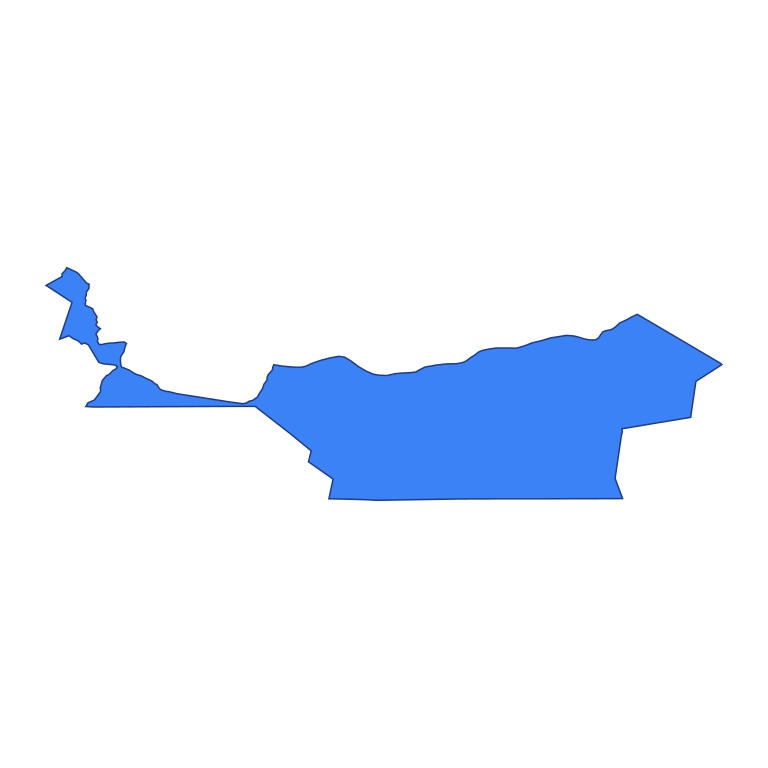 Teresina, Piauí, Brazil, rotated 90°
{"feature_id": "56859067B99238577868953", "entity_name": "Teresina", "entity_type": "district", "adm_level": 2, "iso_a3": "BRA", "parent_name": "Brazil", "parent_adm1": "Piauí", "projection": "equal_earth", "projection_center": [-42.807, -5.187], "detail": "fine", "context": "isolated", "style": "filled", "palette": "blue", "viewbox_px": 768, "rotation_deg": 90, "n_neighbors": 0, "source": "geoboundaries", "source_scale": "gbopen_adm2", "svg_char_len": 2936}
<svg xmlns="http://www.w3.org/2000/svg" viewBox="0 0 768 768"><g transform="rotate(90 384 384)"><path d="M317.5,137.4L319.3,140.3L323.0,148.3L327.4,153.1L329.6,156.7L330.8,162.6L332.1,165.5L334.0,166.8L337.8,169.4L340.0,172.5L339.9,178.5L338.9,183.8L337.7,187.5L336.6,191.3L335.9,194.9L335.4,201.4L335.8,204.2L337.0,211.7L337.8,217.1L340.7,226.7L342.9,236.1L344.2,239.3L345.8,243.3L346.9,247.2L347.7,249.6L348.2,252.4L348.1,255.2L348.0,257.9L348.0,268.0L348.0,271.9L349.0,278.7L349.6,281.9L350.4,285.5L351.7,288.9L353.2,290.9L355.5,293.9L357.6,297.4L359.5,299.8L361.3,302.4L362.6,305.4L363.1,308.1L363.7,311.4L363.8,316.1L363.9,320.8L364.2,324.7L364.6,327.3L365.2,333.0L366.0,336.4L366.4,339.6L367.2,343.3L368.7,346.2L370.1,349.0L372.0,352.3L372.6,357.3L373.0,363.7L373.1,366.8L373.7,372.9L375.5,381.0L375.2,389.2L374.2,394.6L371.2,401.7L366.8,409.2L360.8,417.3L357.2,423.4L356.3,429.0L358.0,438.3L360.1,446.5L363.4,456.2L366.3,462.3L367.2,466.9L367.2,473.4L366.1,485.9L364.7,494.2L367.7,495.4L369.8,495.5L372.0,497.3L374.5,499.7L377.2,500.8L380.3,501.1L384.2,504.0L387.0,504.9L389.3,505.8L392.6,508.2L397.1,510.6L400.4,515.4L401.2,518.8L403.0,521.7L403.7,525.2L401.9,538.7L393.7,591.0L392.2,596.9L391.6,599.7L391.2,602.6L390.5,604.9L389.6,607.5L387.6,609.3L384.5,611.1L383.7,613.3L382.1,614.8L380.2,617.7L379.1,620.4L377.9,623.0L375.8,626.8L374.6,631.1L373.2,634.0L371.9,636.2L370.1,638.7L369.1,641.3L368.0,643.8L367.5,646.1L365.8,647.0L363.1,647.4L360.1,647.6L357.0,647.4L354.5,646.0L351.8,644.1L348.8,643.4L346.1,642.7L343.5,641.5L342.0,643.9L342.2,646.7L342.4,650.0L342.7,652.5L343.1,655.7L343.2,659.0L343.7,662.7L344.5,665.9L344.4,669.0L341.3,670.6L338.9,670.1L336.6,670.7L334.1,672.1L330.7,669.9L328.7,667.6L326.7,670.6L324.6,672.2L322.3,670.7L319.8,671.9L317.0,671.0L313.5,673.1L311.5,674.4L308.9,675.2L307.4,678.0L305.3,682.8L302.4,682.6L300.2,682.0L298.3,683.0L295.2,681.7L292.1,681.6L288.5,679.1L284.2,678.9L282.9,681.6L275.9,687.7L273.6,689.6L271.8,692.3L267.7,701.3L270.7,702.9L273.8,706.0L276.5,705.9L285.4,721.9L292.1,711.6L302.4,696.0L335.8,707.2L339.2,708.3L335.7,698.9L338.5,695.1L340.4,690.7L342.1,688.4L344.1,686.5L343.0,683.3L344.8,679.7L362.4,669.1L363.8,664.8L364.9,653.5L366.7,650.6L369.0,652.1L370.6,655.2L374.2,658.6L375.7,661.6L380.4,665.6L383.8,666.6L385.7,667.1L387.9,667.8L390.2,667.3L392.1,667.8L400.0,673.6L402.8,680.0L406.5,682.2L407.0,674.5L406.6,584.7L406.4,539.9L406.4,512.8L428.5,484.4L430.4,482.0L431.7,480.2L450.8,456.8L461.8,459.5L479.1,434.9L480.9,435.3L498.8,439.1L499.1,422.5L499.7,401.9L500.2,393.2L500.3,390.5L499.3,328.7L499.0,310.2L498.9,290.6L498.9,287.6L498.9,282.5L498.9,278.4L498.8,270.7L498.8,261.8L498.8,232.2L498.8,229.2L498.7,188.4L498.7,174.9L498.6,145.4L481.5,151.8L478.3,152.9L434.8,146.5L431.8,145.6L428.8,146.2L424.6,121.0L417.3,77.3L409.9,76.3L381.4,72.1L368.6,52.3L364.6,46.1L363.1,47.8L314.3,130.7L317.5,137.4Z" fill="#3b82f6" stroke="#1e3a8a" stroke-width="1.5"/></g></svg>